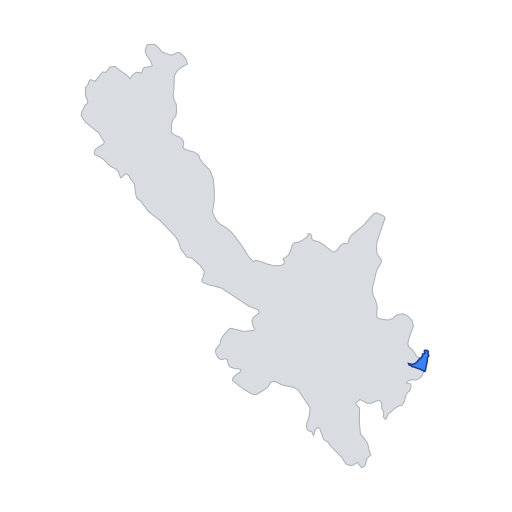 Tonpheung, Bokeo, Laos shown in context, rotated 177°
{"feature_id": "54806243B26720131925701", "entity_name": "Tonpheung", "entity_type": "district", "adm_level": 2, "iso_a3": "LAO", "parent_name": "Laos", "parent_adm1": "Bokeo", "projection": "robinson", "projection_center": [100.271, 20.454], "detail": "fine", "context": "in_parent", "style": "filled", "palette": "blue", "viewbox_px": 512, "rotation_deg": 177, "n_neighbors": 0, "source": "geoboundaries", "source_scale": "gbopen_adm2", "svg_char_len": 6261}
<svg xmlns="http://www.w3.org/2000/svg" viewBox="0 0 512 512"><g transform="rotate(177 256 256)"><path d="M178.0,45.0L180.5,49.9L191.9,62.9L193.8,66.4L198.0,69.1L201.5,80.6L203.0,81.3L204.9,80.5L206.3,78.9L207.5,74.4L208.2,74.0L209.5,77.6L212.7,78.7L214.1,80.3L214.5,83.1L214.1,86.0L211.4,92.6L209.9,101.4L221.1,120.3L225.7,122.9L236.8,125.9L244.4,130.1L247.8,129.1L251.1,124.4L255.1,121.8L262.6,117.8L264.7,117.6L268.8,119.2L275.6,123.9L285.9,132.7L285.6,135.0L283.7,137.3L278.3,140.8L276.6,143.1L277.6,143.9L282.2,144.5L287.6,146.4L289.3,148.8L290.2,154.0L291.1,155.0L296.1,154.4L297.7,155.1L299.5,156.8L301.3,161.2L301.3,164.5L296.4,170.2L295.8,173.7L293.3,177.8L286.5,184.7L284.7,185.1L272.1,181.3L262.1,181.8L261.2,183.3L262.9,187.4L263.5,191.5L261.9,194.7L256.2,198.8L256.0,200.5L257.2,202.4L265.5,206.1L292.4,225.9L304.6,229.7L309.9,232.2L311.3,233.6L311.3,235.3L309.9,237.5L308.8,241.4L308.7,243.8L310.0,246.0L312.2,249.4L319.7,256.9L325.2,258.7L331.0,267.4L332.8,274.9L335.6,279.8L349.6,296.1L361.3,306.1L368.3,317.0L371.7,319.4L372.8,323.3L373.8,334.8L377.8,340.5L378.7,342.8L380.5,344.5L382.4,344.8L386.4,341.1L387.3,341.6L389.2,347.6L390.9,349.8L397.0,353.5L403.6,360.8L407.1,363.4L411.6,365.5L412.2,367.8L411.4,370.1L410.0,371.6L402.5,375.8L401.5,377.7L406.6,387.0L419.3,398.5L423.3,405.4L422.5,408.7L419.1,415.4L416.5,417.2L415.8,419.3L417.8,424.7L417.6,433.2L415.2,435.2L413.0,440.4L411.5,440.7L407.6,438.9L399.6,447.8L396.1,447.3L392.0,452.3L386.8,452.9L383.2,449.2L375.4,443.3L372.6,439.6L370.2,442.8L366.2,445.8L360.4,444.7L358.9,449.2L357.8,450.0L350.9,450.8L349.6,451.5L350.7,455.5L354.8,462.4L356.1,466.4L353.6,472.8L346.4,472.7L343.1,470.0L339.1,464.5L329.8,460.9L323.7,463.4L321.8,463.3L317.2,458.7L315.4,455.7L314.4,451.3L321.4,447.8L324.9,445.0L327.2,442.0L328.2,439.0L329.3,426.2L330.3,421.7L329.7,416.2L327.7,411.8L327.7,405.3L328.7,400.0L331.3,397.4L333.1,393.6L334.2,385.1L333.3,382.9L330.7,380.8L326.2,378.8L323.4,376.3L322.3,373.3L322.4,370.6L323.7,368.3L320.4,365.8L312.3,363.0L307.8,359.6L306.8,355.6L303.4,350.5L297.6,344.1L294.5,334.9L294.2,323.0L294.8,313.2L297.2,301.9L293.8,293.8L290.1,289.5L284.9,286.3L280.0,281.8L275.3,275.8L269.7,267.1L263.2,255.6L258.8,250.4L256.6,251.6L251.9,250.5L244.7,247.2L238.5,245.4L233.1,245.1L229.7,245.9L228.1,247.6L227.9,249.4L229.3,251.1L228.6,252.4L225.8,253.4L223.6,255.3L221.1,259.5L219.3,265.1L216.7,267.2L212.6,267.7L208.6,269.3L204.6,272.0L202.8,274.0L203.0,275.4L202.2,275.7L200.2,275.0L199.3,273.1L199.4,270.2L197.4,268.3L193.2,267.3L188.5,264.2L179.5,256.2L177.5,255.9L174.5,257.9L170.7,262.4L167.6,264.2L165.1,263.3L163.1,264.8L161.8,268.9L159.3,272.1L147.3,280.8L136.4,291.9L133.7,292.9L127.1,289.7L125.0,287.6L134.0,264.8L135.3,259.3L135.1,252.0L131.2,245.9L131.1,244.2L131.7,242.3L136.3,235.3L141.6,217.1L141.3,211.5L138.9,205.3L137.6,199.4L138.6,191.3L138.2,188.2L135.7,186.7L127.5,185.1L122.7,186.4L120.5,188.5L117.7,189.9L112.5,190.7L107.6,188.0L103.5,183.4L102.5,177.7L107.6,165.6L108.9,160.9L108.7,158.7L107.8,156.4L106.6,156.1L104.0,153.2L101.4,148.2L99.0,145.9L96.7,146.3L94.6,148.2L91.2,153.0L90.1,152.3L93.1,135.6L96.0,128.4L99.3,125.1L102.9,123.7L106.7,124.3L109.8,123.6L112.3,121.9L112.1,120.9L109.1,120.7L107.9,118.8L108.5,115.2L109.9,112.9L111.9,111.8L113.9,108.2L115.8,102.1L118.2,99.0L120.9,98.9L125.7,96.3L132.3,91.1L134.9,86.1L137.4,88.4L136.5,94.2L137.8,95.4L138.5,97.5L138.1,100.7L138.7,103.5L139.7,104.8L141.2,105.5L148.3,103.1L152.6,103.0L159.7,107.2L163.9,104.1L164.0,102.9L160.5,98.9L161.5,84.2L161.0,73.0L155.2,64.7L154.0,61.4L153.3,56.0L151.7,51.4L155.9,47.7L158.1,40.8L161.0,39.2L162.0,39.4L165.6,44.6L170.1,42.0L173.5,42.0L176.5,43.4L178.0,45.0Z" fill="#d9dde1" stroke="#a8b0b8" stroke-width="1"/><path d="M109.2,140.6L109.1,140.4L109.2,140.2L108.9,139.9L108.8,139.7L109.0,139.5L109.0,139.4L108.9,139.2L108.7,139.1L108.3,139.0L108.1,139.0L107.8,138.9L107.6,138.8L107.4,138.7L107.2,138.5L107.1,138.3L106.9,138.2L106.7,138.1L106.4,137.8L106.1,137.6L105.9,137.4L105.7,137.2L105.4,137.1L105.2,137.2L104.9,137.1L104.7,137.1L104.4,137.1L103.9,136.9L101.2,135.7L100.5,135.3L100.2,135.2L99.9,135.1L99.4,134.9L98.9,134.8L98.5,134.6L97.9,134.4L97.4,134.1L97.2,134.0L96.8,133.7L96.3,133.4L95.9,133.2L95.6,133.0L95.3,132.9L95.1,132.7L94.9,132.6L94.6,132.5L94.3,132.3L94.1,132.2L93.9,132.1L93.7,132.0L93.6,131.9L93.4,131.8L93.3,132.0L93.2,132.1L93.2,132.3L93.1,132.5L92.9,132.6L92.9,132.8L92.8,133.0L92.7,133.3L92.7,133.5L92.6,133.8L92.5,134.0L92.4,134.1L92.4,134.3L92.4,134.5L92.4,134.8L92.3,135.1L92.3,135.3L92.3,135.5L92.2,135.6L92.2,135.8L92.1,136.0L92.0,136.3L91.9,136.4L91.9,136.5L91.8,136.8L91.8,137.0L91.8,137.3L91.7,137.5L91.6,137.8L91.6,138.0L91.4,138.3L91.4,138.5L91.2,138.9L91.2,139.0L91.1,139.3L91.1,139.5L91.1,139.8L91.1,140.0L91.0,140.3L90.9,140.5L90.7,140.8L90.6,141.0L90.7,141.3L90.6,141.5L90.7,141.8L90.7,142.0L90.5,142.3L90.5,142.6L90.4,142.8L90.3,143.0L90.2,143.2L90.2,143.4L90.2,143.5L90.3,143.8L90.3,144.0L90.4,144.3L90.5,144.5L90.4,144.8L90.2,145.1L90.0,145.5L89.3,146.3L89.0,146.6L88.9,146.8L88.8,147.0L88.7,147.1L88.7,147.3L88.7,147.6L88.8,147.8L88.8,148.1L88.9,148.3L89.0,148.4L89.1,148.6L89.2,149.0L89.2,149.3L89.2,149.5L89.2,149.8L89.3,149.9L89.3,150.0L89.2,150.3L89.0,151.1L88.9,151.4L88.9,151.5L89.0,151.8L89.3,152.2L89.5,152.5L89.8,152.6L90.0,152.7L90.4,152.8L90.7,152.8L90.9,152.8L91.1,152.9L91.3,152.9L91.5,153.0L91.8,153.0L92.1,153.0L92.3,153.0L92.5,153.0L92.6,152.9L92.8,152.4L92.8,152.2L92.9,151.9L92.8,151.7L92.7,151.3L92.6,151.2L92.4,151.0L92.4,150.8L92.3,150.6L92.3,150.3L92.4,150.2L92.5,150.1L92.8,149.9L93.1,149.8L93.4,149.7L93.8,149.7L94.0,149.6L94.3,149.6L94.5,149.5L94.7,149.4L94.8,149.2L95.0,148.6L94.9,148.0L94.8,147.8L94.9,147.6L95.0,147.3L95.2,147.2L95.3,147.1L95.5,147.0L95.7,146.8L95.8,146.7L95.9,146.1L96.0,145.9L96.1,145.7L96.3,145.5L96.4,145.4L96.5,145.3L96.5,145.2L96.8,145.1L97.0,145.1L97.3,145.2L97.5,145.2L97.8,145.2L98.0,145.0L98.1,144.9L98.1,144.7L98.3,144.6L98.5,144.3L98.6,144.1L98.8,143.9L99.0,143.7L99.3,143.4L99.5,143.3L99.7,143.0L99.8,142.9L100.0,142.8L100.0,142.7L100.4,142.2L100.6,142.0L100.7,141.8L100.8,141.8L101.1,141.5L101.3,141.4L101.5,141.2L101.9,141.0L102.8,140.4L103.0,140.3L105.4,139.6L106.8,139.8L108.0,140.3L109.2,140.6Z" fill="#3b82f6" stroke="#1e3a8a" stroke-width="1.5"/></g></svg>